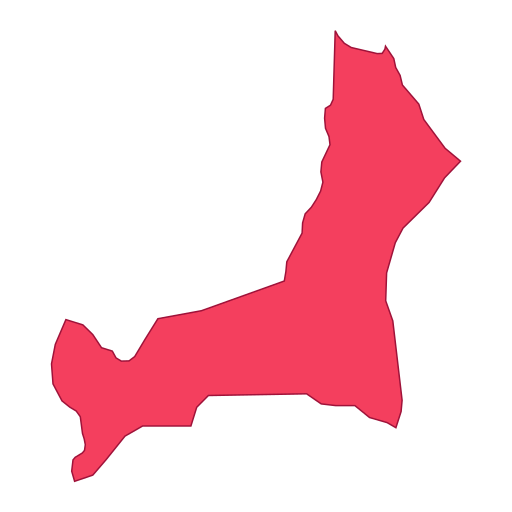 Amuru, Natural Earth projection
{"feature_id": "UGA-5601", "entity_name": "Amuru", "entity_type": "District", "adm_level": 1, "iso_a3": "UGA", "parent_name": "Uganda", "parent_adm1": "", "projection": "natural_earth1", "projection_center": [31.868, 3.088], "detail": "fine", "context": "isolated", "style": "filled", "palette": "rose", "viewbox_px": 512, "rotation_deg": 0, "n_neighbors": 0, "source": "natural_earth", "source_scale": "10m", "svg_char_len": 1153}
<svg xmlns="http://www.w3.org/2000/svg" viewBox="0 0 512 512"><path d="M377.2,53.6L382.2,53.4L384.9,49.2L385.5,46.2L393.8,58.6L395.7,67.5L400.1,75.4L402.4,85.0L418.8,104.1L423.8,119.5L445.1,148.3L460.5,161.2L444.6,177.8L429.1,202.4L403.0,228.1L395.3,242.7L386.6,272.9L385.7,300.8L392.8,320.9L402.1,400.3L401.1,411.5L395.9,427.7L387.1,422.6L369.5,417.5L354.9,405.6L335.8,405.6L321.2,403.9L306.6,393.8L208.4,395.5L196.7,407.3L190.9,426.0L142.6,426.0L125.0,436.1L105.9,459.9L92.8,475.1L74.6,481.3L71.7,471.2L73.0,459.9L75.2,457.3L82.3,453.0L84.5,450.4L85.3,444.7L84.2,438.9L82.5,433.5L80.3,416.7L76.2,411.0L70.0,407.3L62.0,400.9L53.0,383.9L51.5,363.9L55.3,344.4L65.9,319.6L82.9,324.9L92.8,334.6L101.5,347.7L112.3,351.1L116.0,357.9L121.3,361.1L129.0,360.9L134.7,356.6L145.0,339.4L157.9,318.7L201.5,310.7L284.3,281.0L285.9,271.5L286.8,261.8L302.1,233.1L302.6,222.9L305.2,213.8L311.4,207.2L316.3,199.6L320.6,191.1L322.9,182.2L320.9,171.9L321.8,162.0L330.0,144.7L329.0,136.6L325.5,128.3L324.6,118.2L325.4,108.4L330.5,105.2L333.2,99.3L335.2,31.1L335.2,30.7L337.9,35.8L344.3,43.3L351.2,47.5L377.2,53.6Z" fill="#f43f5e" stroke="#9f1239" stroke-width="1.5"/></svg>